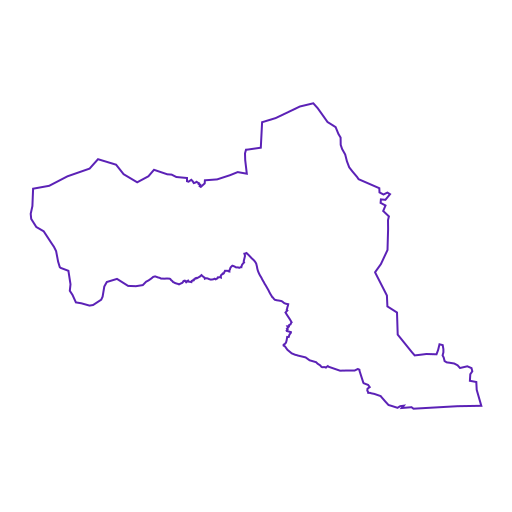 outline of Ifo, Ogun, Nigeria
{"feature_id": "59680162B2266540401620", "entity_name": "Ifo", "entity_type": "district", "adm_level": 2, "iso_a3": "NGA", "parent_name": "Nigeria", "parent_adm1": "Ogun", "projection": "albers", "projection_center": [3.248, 6.772], "detail": "fine", "context": "isolated", "style": "outline", "palette": "violet", "viewbox_px": 512, "rotation_deg": 0, "n_neighbors": 0, "source": "geoboundaries", "source_scale": "gbopen_adm2", "svg_char_len": 5934}
<svg xmlns="http://www.w3.org/2000/svg" viewBox="0 0 512 512"><path d="M59.8,267.2L60.7,267.9L68.4,270.8L70.5,284.3L69.8,290.8L72.5,294.9L75.9,302.4L81.4,303.3L89.5,305.6L93.1,305.0L101.2,299.7L102.6,296.7L104.3,286.5L106.8,282.0L117.0,278.9L128.1,285.9L135.9,286.2L142.8,285.1L146.1,281.7L148.6,280.4L151.3,278.5L153.2,276.9L155.1,276.4L157.4,277.2L158.1,277.5L159.2,277.7L160.2,278.1L160.8,278.5L161.5,278.6L162.7,278.6L163.2,278.6L164.0,278.7L164.6,278.7L165.5,278.6L166.3,278.5L167.4,278.5L168.2,278.6L169.1,278.6L169.9,278.8L170.4,279.1L170.7,279.6L171.0,280.0L171.6,280.5L172.0,280.8L172.8,281.6L173.1,282.1L173.6,282.3L174.2,282.5L174.5,282.7L174.9,283.0L175.4,283.1L175.7,283.3L176.1,283.4L176.7,283.5L177.0,283.7L177.3,283.8L178.1,283.9L178.3,284.0L179.0,284.4L179.3,284.2L179.6,284.0L180.0,283.9L180.4,283.7L181.2,283.3L181.7,283.1L182.2,282.9L182.5,282.6L182.8,282.2L183.1,281.8L183.2,281.6L183.3,281.3L183.6,281.0L183.9,280.9L184.1,280.8L184.2,281.0L184.4,281.0L184.7,280.9L185.1,280.8L185.6,281.6L186.2,282.3L186.9,281.8L186.6,281.3L186.9,281.1L187.4,281.0L188.1,280.6L188.2,280.8L188.6,281.4L188.7,281.6L188.8,281.7L189.1,281.7L189.8,281.8L190.5,281.9L191.0,282.0L191.4,282.1L191.6,281.2L191.8,280.9L192.0,280.9L192.5,280.7L192.9,280.4L193.4,279.8L193.8,280.2L194.1,279.8L194.2,279.6L194.8,279.0L195.1,278.6L195.3,278.3L195.6,278.2L195.8,278.1L196.2,278.0L196.3,278.4L196.8,278.3L197.9,277.7L198.9,277.1L199.1,277.0L199.3,276.9L199.8,276.7L200.1,276.3L201.5,275.1L202.2,275.9L203.8,277.1L204.0,277.3L204.5,277.6L204.7,278.1L204.7,278.4L204.8,278.7L205.2,278.5L205.4,278.4L206.0,278.2L206.2,278.3L207.0,278.3L207.5,278.4L208.2,278.7L209.1,279.1L210.0,279.4L210.4,279.5L210.7,279.6L211.0,279.6L211.3,279.5L211.8,279.5L212.8,279.4L213.9,279.1L214.5,278.7L214.9,278.8L215.7,279.3L216.0,279.0L216.6,278.8L217.2,278.5L217.5,278.3L217.6,278.0L217.7,277.8L217.6,277.7L217.7,277.4L217.8,277.3L218.0,277.3L218.3,277.4L219.4,277.2L219.8,277.2L220.7,277.4L220.9,277.5L220.9,277.1L220.8,276.4L220.8,276.1L220.8,275.8L220.9,275.4L222.1,274.3L222.4,273.9L222.7,273.5L222.9,273.6L223.1,273.8L223.3,273.8L223.7,273.4L224.1,272.8L224.5,271.7L224.9,271.3L225.0,270.8L225.6,270.8L225.8,270.8L227.1,270.8L227.8,270.9L228.6,271.0L228.7,271.3L229.2,271.3L229.4,271.4L229.5,270.2L229.7,269.7L230.0,269.3L230.2,268.4L230.5,267.7L230.8,267.2L231.1,266.9L232.2,265.8L232.4,265.7L233.6,266.1L234.2,266.4L234.6,266.5L235.0,266.8L235.4,267.0L235.8,267.3L236.2,267.4L236.6,267.4L237.0,267.4L237.9,267.4L238.4,267.5L238.8,267.7L239.2,267.8L239.4,267.8L239.7,267.7L240.7,267.1L241.1,267.0L241.4,267.1L241.6,266.1L242.1,264.7L243.5,262.9L244.1,262.5L243.7,261.3L245.0,256.0L244.9,255.4L244.4,253.7L245.0,253.6L245.3,253.5L245.4,253.4L245.6,253.3L245.8,253.3L246.2,253.4L246.3,253.1L246.5,253.0L248.5,254.9L250.7,257.2L251.5,258.1L253.6,260.0L254.6,261.1L255.4,262.2L256.2,263.6L256.9,266.4L257.3,268.6L257.8,270.5L258.4,272.1L258.8,273.0L259.4,274.3L260.1,275.6L261.4,277.7L262.0,279.0L263.4,281.5L263.7,281.9L264.7,283.9L265.2,284.6L265.8,285.6L268.6,290.5L269.3,292.0L270.5,294.2L271.5,295.8L272.3,297.2L272.7,297.3L273.4,298.2L274.1,299.1L274.7,299.6L275.1,299.9L275.9,300.0L276.9,300.3L278.5,300.5L281.2,301.0L281.9,301.3L282.5,301.7L283.8,302.8L284.4,303.2L285.8,303.7L286.6,303.9L288.2,304.2L288.1,304.8L287.9,305.8L287.5,306.8L287.2,308.2L287.0,309.0L286.8,309.5L286.7,309.9L287.1,310.3L287.3,310.5L287.1,310.7L286.8,311.1L286.6,311.3L286.4,311.5L286.1,311.8L285.9,312.1L285.5,312.5L286.9,314.8L290.0,319.5L291.6,322.3L291.4,322.5L291.1,322.9L290.8,323.7L290.5,324.4L289.1,325.1L289.0,326.2L287.4,326.3L287.7,326.8L288.2,327.4L287.0,328.7L287.6,329.3L286.6,330.6L286.8,331.0L287.5,331.2L290.9,332.1L290.9,332.7L289.4,334.7L288.7,337.0L287.2,336.9L286.8,339.3L286.6,340.4L286.0,342.6L284.8,344.0L284.0,344.4L283.5,345.0L283.6,345.6L285.1,346.5L285.9,347.7L287.4,349.8L291.4,353.1L291.6,353.3L295.2,354.8L297.0,355.2L297.7,355.5L305.6,357.4L309.6,360.3L310.7,360.6L316.1,362.2L317.6,363.7L320.1,365.3L320.4,365.6L321.0,366.4L321.7,367.0L322.3,367.2L324.8,367.1L325.9,367.6L326.4,367.0L327.1,366.6L327.8,366.1L328.2,366.6L333.4,368.4L340.1,370.7L342.7,370.6L349.7,370.5L353.0,370.5L354.7,370.5L357.8,369.0L359.4,369.7L359.6,371.1L361.2,376.1L363.0,381.7L363.3,382.7L363.7,383.2L366.2,384.2L368.1,384.9L369.7,387.1L367.5,388.7L367.3,390.7L367.9,391.5L368.2,392.9L370.1,392.9L371.3,393.3L374.3,393.9L380.7,396.1L381.2,396.8L385.3,401.5L388.5,405.0L390.9,405.7L397.5,407.8L400.2,406.2L403.7,405.7L401.8,408.0L411.5,407.2L413.5,408.7L457.5,406.2L481.3,405.8L476.7,389.8L476.3,382.0L469.9,380.8L470.3,374.2L472.3,371.3L471.5,368.1L467.3,366.3L460.0,368.0L457.6,365.3L454.2,363.5L449.3,362.7L446.8,362.4L444.6,361.1L443.7,357.5L442.6,355.4L443.4,352.3L443.4,349.2L442.7,345.1L439.5,344.3L438.1,350.0L436.5,354.3L426.4,354.0L420.0,354.8L414.7,355.4L411.9,352.2L397.7,334.6L397.0,312.5L387.4,306.4L386.9,295.5L375.1,272.4L375.1,272.2L380.9,264.1L387.5,250.0L388.1,229.0L388.0,220.1L388.9,216.4L383.2,211.0L385.5,205.5L380.6,202.9L380.9,199.4L385.4,199.8L390.0,194.2L387.4,192.6L383.5,194.5L379.5,192.4L379.3,188.2L358.6,179.2L357.1,177.0L352.3,171.3L349.2,167.3L346.9,161.2L345.2,154.5L342.1,149.0L340.7,144.9L340.6,137.6L338.4,133.9L335.6,127.1L327.5,122.0L324.6,117.9L317.7,108.2L313.3,103.3L299.9,106.5L275.6,118.1L262.1,122.2L260.8,147.7L253.8,148.7L247.6,149.6L246.0,149.7L245.0,153.4L245.2,160.1L246.8,173.7L237.7,172.1L230.0,175.2L217.1,179.4L204.9,180.3L204.7,183.4L200.8,186.9L199.6,186.1L200.2,184.6L198.7,184.0L198.9,183.2L197.5,182.5L196.6,181.8L195.3,182.6L193.8,183.1L192.7,181.3L191.3,179.8L188.5,181.7L187.0,181.2L187.0,178.0L176.3,177.0L171.6,174.6L167.3,174.3L154.0,169.8L148.4,176.3L137.2,182.3L123.6,174.2L116.1,164.7L98.0,159.2L89.6,168.6L67.5,176.3L49.2,185.8L33.1,188.7L32.4,206.1L30.7,213.8L31.2,218.9L36.3,227.0L43.7,231.3L51.5,243.2L54.0,246.9L56.1,251.1L58.1,261.6L59.8,267.2Z" fill="none" stroke="#5b21b6" stroke-width="2"/></svg>